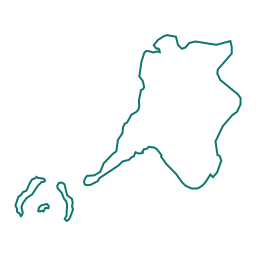 the district of Conakry, Dubréka, Guinea
{"feature_id": "49546643B29247776226513", "entity_name": "Conakry", "entity_type": "district", "adm_level": 2, "iso_a3": "GIN", "parent_name": "Guinea", "parent_adm1": "Dubréka", "projection": "albers", "projection_center": [-13.665, 9.597], "detail": "fine", "context": "isolated", "style": "outline", "palette": "teal", "viewbox_px": 256, "rotation_deg": 0, "n_neighbors": 0, "source": "geoboundaries", "source_scale": "gbopen_adm2", "svg_char_len": 2049}
<svg xmlns="http://www.w3.org/2000/svg" viewBox="0 0 256 256"><path d="M189.2,43.0L185.6,47.4L181.9,48.8L178.0,44.9L175.9,36.7L166.9,35.1L163.3,36.5L158.0,39.9L153.7,45.2L156.0,48.2L157.8,48.8L158.2,48.5L159.3,49.5L159.8,52.1L157.2,51.4L153.4,52.5L148.0,50.9L145.9,51.2L144.3,52.7L141.5,61.5L139.3,76.4L142.7,80.8L143.7,84.9L144.1,87.2L143.2,89.0L141.0,90.1L140.2,94.0L138.9,100.6L139.3,106.2L138.4,109.7L136.1,112.1L131.5,114.6L127.0,122.6L125.5,123.3L124.8,123.6L123.1,127.2L122.4,133.3L117.9,139.9L117.4,143.7L116.3,151.4L113.1,153.6L103.7,163.3L102.2,167.1L101.4,168.9L100.3,171.8L94.4,175.3L87.0,175.9L85.0,178.6L84.0,181.9L84.6,184.0L85.9,185.1L90.2,185.0L97.9,181.1L99.4,178.1L107.5,172.8L118.6,165.4L122.4,161.5L129.0,159.8L132.0,156.9L133.8,156.5L135.5,152.2L138.6,153.6L139.4,153.5L142.6,153.0L142.7,152.7L142.6,152.3L142.8,152.4L142.9,151.8L143.6,149.4L146.9,148.7L148.7,146.8L154.4,147.6L156.4,148.8L158.1,150.8L161.5,155.2L161.1,156.7L166.5,164.2L176.2,174.1L182.4,182.7L185.8,185.9L191.8,188.6L197.6,188.4L201.7,186.1L205.1,182.8L210.4,174.5L212.9,177.2L217.1,172.4L220.7,162.4L221.3,160.8L219.7,155.9L217.5,155.1L215.5,141.4L222.8,126.2L232.2,115.2L237.0,111.8L240.5,104.5L240.6,98.1L237.8,94.3L223.9,82.9L220.2,79.9L217.3,73.5L217.3,73.3L217.8,69.5L229.3,56.3L231.7,53.7L231.8,47.2L230.4,41.1L216.3,44.8L195.4,41.5L189.2,43.0ZM21.8,215.5L22.8,212.6L21.4,207.7L22.7,203.5L26.6,198.0L32.0,194.6L37.9,185.7L41.5,182.1L44.3,181.7L45.1,180.3L43.8,178.7L37.7,177.9L36.5,176.8L34.3,178.8L32.3,179.2L29.9,182.8L26.5,190.6L22.9,192.2L20.9,195.1L18.4,196.7L15.4,205.6L17.0,208.7L17.0,211.5L18.0,212.8L19.5,213.2L20.7,216.1L21.8,215.5ZM68.5,219.9L70.1,217.3L73.0,209.6L72.0,206.1L72.7,202.8L71.9,198.8L67.1,195.2L64.5,184.3L62.1,182.6L58.9,182.9L57.2,185.8L57.6,188.1L61.7,192.9L64.0,198.6L66.2,201.4L67.1,204.9L67.0,206.8L66.5,215.6L64.7,219.0L66.6,220.9L68.5,219.9ZM48.8,206.1L46.9,204.0L41.7,205.2L39.0,207.4L38.2,211.1L40.0,211.5L41.8,210.8L43.4,211.5L45.4,207.9L48.4,208.2L48.8,206.1Z" fill="none" stroke="#0f766e" stroke-width="2"/></svg>